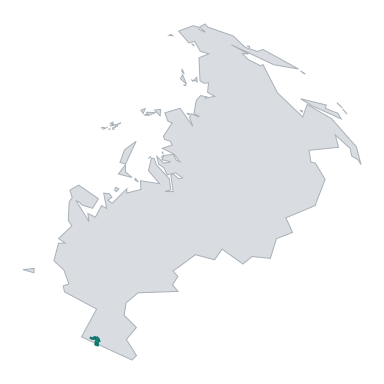 Adygey highlighted on a map of Russia
{"feature_id": "RUS-2279", "entity_name": "Adygey", "entity_type": "Republic", "adm_level": 1, "iso_a3": "RUS", "parent_name": "Russia", "parent_adm1": "", "projection": "orthographic", "projection_center": [39.851, 44.472], "detail": "fine", "context": "in_parent", "style": "filled", "palette": "teal", "viewbox_px": 384, "rotation_deg": 0, "n_neighbors": 0, "source": "natural_earth", "source_scale": "10m", "svg_char_len": 5798}
<svg xmlns="http://www.w3.org/2000/svg" viewBox="0 0 384 384"><path d="M356.4,146.9L361.0,164.6L358.1,159.8L351.7,156.0L350.1,148.5L335.3,134.9L338.6,147.3L309.0,150.3L310.9,162.0L315.3,163.1L325.1,179.4L315.1,205.6L285.9,217.8L292.5,232.4L276.5,238.6L270.3,258.4L252.2,256.5L242.9,264.0L222.0,249.1L214.6,259.8L195.5,254.7L173.0,271.1L177.9,276.4L172.5,284.8L178.0,291.4L138.1,292.8L126.1,302.8L124.1,315.3L136.4,327.5L126.4,339.4L136.5,355.6L131.9,360.0L81.5,336.9L96.6,309.1L64.5,291.8L63.2,285.9L68.9,283.9L63.9,270.0L53.9,260.8L58.5,243.2L65.3,243.1L58.6,238.6L71.9,225.8L68.3,220.5L69.2,201.8L72.2,197.6L69.9,190.1L78.7,185.1L98.4,198.7L92.6,208.3L82.2,205.1L78.7,201.7L76.3,201.0L89.0,221.6L87.8,213.5L95.4,217.1L101.6,205.6L106.6,208.4L103.7,193.1L109.6,193.8L111.9,197.3L107.9,200.1L112.1,203.4L126.9,188.7L126.7,193.0L141.0,189.5L140.4,180.7L159.6,183.7L148.5,170.7L151.4,158.2L154.1,158.4L156.6,165.2L169.3,178.7L170.8,189.8L165.0,191.5L173.2,191.6L170.9,175.4L172.9,173.6L178.5,178.8L182.5,177.9L175.4,172.8L167.3,174.9L163.7,167.6L158.7,164.3L156.8,156.4L163.7,163.1L169.1,162.4L170.1,161.7L161.9,159.7L163.9,155.4L173.3,154.4L176.4,160.4L179.9,161.7L174.1,154.1L162.3,148.3L172.2,145.0L170.2,141.2L164.4,139.4L163.5,136.2L172.2,122.8L168.0,121.2L164.8,112.9L180.1,108.3L192.8,126.4L189.4,116.9L191.5,113.9L197.8,116.5L198.9,116.8L199.2,116.4L193.9,113.5L196.3,100.4L200.6,95.6L206.7,96.8L204.7,98.4L214.7,96.3L207.6,92.4L208.5,82.8L203.9,83.3L200.0,80.8L199.0,57.8L208.9,53.8L200.3,51.3L194.6,41.4L188.9,42.9L178.7,31.1L193.2,25.7L198.0,27.0L199.4,29.6L205.5,32.2L199.5,27.1L205.1,24.0L208.0,27.2L233.1,35.9L245.4,47.5L257.4,51.4L263.1,49.5L298.5,69.0L273.7,64.7L231.4,44.8L248.5,54.0L242.3,53.5L248.0,59.5L260.9,65.9L262.9,64.5L277.5,92.9L302.7,117.0L307.2,104.5L331.5,118.6L356.4,146.9ZM136.1,141.3L125.6,164.0L120.0,162.5L124.5,149.8L136.1,141.3ZM300.6,98.8L326.3,105.0L325.4,108.3L337.8,113.3L341.2,118.9L312.0,105.8L300.6,98.8ZM118.4,174.0L125.5,164.6L125.5,171.9L132.1,177.5L118.4,174.0ZM186.5,84.1L180.4,78.8L182.6,74.8L186.5,84.1ZM146.6,112.3L155.6,112.5L148.4,115.5L146.6,112.3ZM140.9,110.2L145.2,108.6L143.1,113.5L140.9,110.2ZM154.5,110.1L160.7,109.4L160.1,115.8L154.5,110.1ZM184.2,74.0L181.9,71.6L182.1,69.0L184.2,74.0ZM23.0,269.6L34.2,268.4L33.9,272.8L23.0,269.6ZM105.2,128.2L107.7,127.0L102.9,129.6L105.2,128.2ZM194.1,80.0L196.8,77.3L197.2,81.9L194.1,80.0ZM118.9,188.8L116.3,191.7L114.6,190.1L115.7,187.3L118.9,188.8ZM109.8,126.0L111.8,124.7L113.4,125.4L109.8,126.0ZM117.5,124.1L117.4,126.4L115.4,126.1L115.2,124.8L117.5,124.1ZM119.9,123.8L117.9,124.1L120.3,122.8L119.9,123.8ZM135.4,178.3L138.3,182.1L134.6,179.7L135.4,178.3ZM146.9,113.7L146.9,115.4L144.7,115.1L146.9,113.7ZM110.4,123.3L113.0,122.2L112.5,123.8L110.4,123.3ZM171.1,34.4L172.7,35.8L169.0,35.3L171.1,34.4ZM102.7,127.3L104.7,127.7L100.9,128.1L102.7,127.3ZM150.7,156.9L148.3,158.4L150.6,156.6L150.7,156.9ZM187.3,113.4L190.3,113.8L188.1,114.6L187.3,113.4ZM191.6,43.8L193.9,44.9L193.9,45.7L191.6,43.8ZM115.0,127.6L113.3,127.2L115.8,127.2L115.0,127.6ZM113.1,123.8L114.5,125.0L112.5,124.4L113.1,123.8ZM336.8,102.7L338.9,104.4L342.4,108.0L336.8,102.7ZM112.6,128.0L114.0,129.1L112.7,129.2L112.6,128.0ZM163.4,155.1L162.3,157.0L161.7,157.1L163.4,155.1ZM249.0,46.1L250.0,47.7L247.6,46.1L249.0,46.1ZM191.8,80.0L194.0,80.8L192.5,81.1L191.8,80.0ZM299.9,110.3L302.6,111.0L302.2,112.0L299.9,110.3ZM300.5,70.9L304.9,73.7L304.3,73.9L300.5,70.9ZM110.5,128.8L109.3,129.4L108.8,129.1L110.5,128.8ZM162.2,151.6L163.1,153.4L162.4,153.2L162.2,151.6ZM184.9,84.7L186.3,85.7L183.5,85.1L184.9,84.7ZM346.4,113.6L342.6,108.9L347.0,114.0L346.4,113.6Z" fill="#d9dde1" stroke="#a8b0b8" stroke-width="1"/><path d="M94.6,336.7L94.8,336.7L94.8,336.8L95.0,337.0L95.4,337.1L95.5,337.2L95.7,337.3L95.8,337.3L96.2,337.5L96.3,337.4L96.7,337.4L96.8,337.3L97.1,337.2L97.1,337.3L97.4,337.4L97.5,337.4L97.7,337.6L98.0,337.8L98.7,338.5L98.8,338.6L98.8,338.8L99.0,339.2L99.1,339.3L99.2,339.8L99.4,340.1L99.5,340.3L99.6,340.5L99.6,340.8L99.7,341.2L99.7,341.3L99.2,341.3L99.2,341.2L99.3,341.2L99.4,340.9L99.2,340.6L99.2,340.4L99.1,340.2L98.9,340.1L98.8,339.9L98.8,339.7L98.6,339.5L98.4,339.5L98.2,339.6L98.1,339.9L98.1,340.1L97.8,340.3L97.8,340.5L97.9,340.8L98.0,340.9L98.2,341.1L98.2,342.1L98.3,342.3L98.3,342.5L98.2,342.7L98.0,342.8L98.0,343.0L98.1,344.0L98.3,344.2L98.4,344.3L98.4,344.5L98.3,344.8L98.2,344.9L98.1,345.3L98.0,345.6L97.9,345.6L97.8,345.8L97.7,345.8L97.5,345.7L97.1,345.5L97.0,345.3L96.9,345.3L96.6,345.3L96.5,345.2L96.4,345.2L96.2,345.0L96.0,344.9L95.9,344.8L95.7,344.9L95.6,345.0L95.5,344.9L95.3,344.8L95.2,344.8L95.1,344.7L95.2,344.4L95.1,344.2L95.2,343.9L95.2,343.7L95.1,343.4L95.1,343.2L95.3,343.0L95.5,343.1L95.6,343.4L95.7,343.5L95.8,343.5L95.9,343.8L96.0,343.8L96.3,343.8L96.3,343.7L96.4,343.4L96.5,343.4L96.6,343.1L96.6,342.9L96.7,342.7L96.2,342.6L95.9,342.2L95.7,342.1L95.4,342.1L95.4,341.9L95.5,341.9L95.5,341.6L95.8,341.3L95.8,341.2L95.8,340.8L95.8,340.7L96.0,340.6L96.0,340.4L96.0,340.2L96.0,339.9L96.3,339.7L96.5,339.7L96.4,339.4L96.3,339.2L96.2,339.0L96.1,338.7L96.1,338.4L96.0,338.1L95.9,338.0L95.8,337.9L95.5,338.0L95.4,338.1L95.2,338.4L95.1,338.2L94.9,338.1L94.7,338.2L94.8,338.3L94.7,338.3L94.6,338.2L94.8,338.0L94.8,337.9L94.7,337.7L94.5,337.8L94.4,337.8L94.3,337.7L94.2,337.7L94.1,337.9L94.1,338.0L94.1,338.3L94.3,338.3L94.5,338.4L94.5,338.5L94.7,338.8L94.4,339.1L94.2,339.2L93.9,339.2L93.6,339.2L93.4,339.1L92.2,339.1L91.8,338.9L91.7,338.9L91.4,338.7L91.2,338.5L91.0,338.4L90.9,338.3L90.6,338.3L90.4,338.2L90.5,337.7L90.6,337.8L90.8,337.8L91.0,337.9L91.1,337.7L91.3,337.6L91.5,337.6L91.5,337.8L91.8,337.9L91.8,338.0L92.0,338.0L92.3,338.1L92.5,338.0L92.9,338.0L93.3,337.9L93.4,337.7L93.5,337.7L93.8,337.4L94.1,337.2L94.3,337.0L94.4,336.8L94.6,336.8L94.6,336.7Z" fill="#14b8a6" stroke="#0f766e" stroke-width="1.5"/></svg>